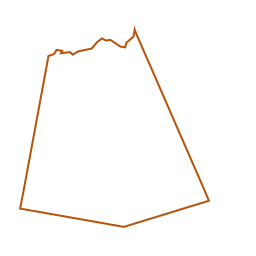 the district of Ellis, Texas, United States of America, rotated 280°
{"feature_id": "52423323B98957090602000", "entity_name": "Ellis", "entity_type": "district", "adm_level": 2, "iso_a3": "USA", "parent_name": "United States of America", "parent_adm1": "Texas", "projection": "equal_earth", "projection_center": [-96.646, 32.301], "detail": "fine", "context": "isolated", "style": "outline", "palette": "amber", "viewbox_px": 256, "rotation_deg": 280, "n_neighbors": 0, "source": "geoboundaries", "source_scale": "gbopen_adm2", "svg_char_len": 475}
<svg xmlns="http://www.w3.org/2000/svg" viewBox="0 0 256 256"><g transform="rotate(280 128 128)"><path d="M29.9,141.0L70.4,220.3L82.9,212.2L222.8,119.4L226.1,117.5L219.1,117.6L211.3,111.4L207.0,111.3L206.8,106.5L211.7,95.3L210.3,91.1L211.7,86.9L207.6,82.9L199.9,78.4L195.0,66.0L190.6,60.7L192.7,57.8L190.0,49.1L192.6,49.8L192.4,44.0L187.9,42.3L185.1,37.2L50.3,36.1L43.4,36.0L39.4,35.9L37.7,35.9L29.9,35.7L29.9,141.0Z" fill="none" stroke="#b45309" stroke-width="2"/></g></svg>